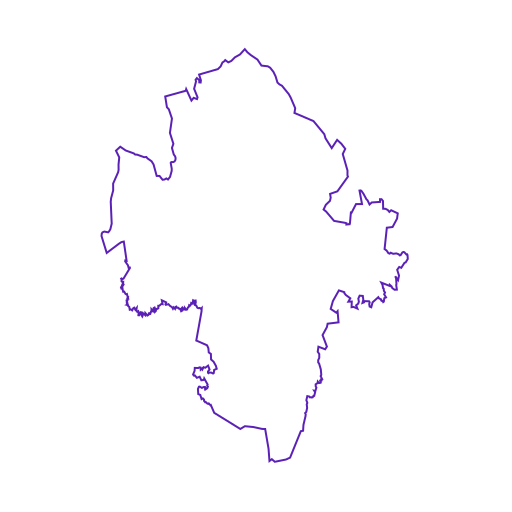 the district of Skujenes pag., Amatas, Latvia, rotated 262°
{"feature_id": "27541924B80284932099647", "entity_name": "Skujenes pag.", "entity_type": "district", "adm_level": 2, "iso_a3": "LVA", "parent_name": "Latvia", "parent_adm1": "Amatas", "projection": "equal_earth", "projection_center": [25.458, 57.084], "detail": "fine", "context": "isolated", "style": "outline", "palette": "violet", "viewbox_px": 512, "rotation_deg": 262, "n_neighbors": 0, "source": "geoboundaries", "source_scale": "gbopen_adm2", "svg_char_len": 6135}
<svg xmlns="http://www.w3.org/2000/svg" viewBox="0 0 512 512"><g transform="rotate(262 256 256)"><path d="M236.3,406.2L236.0,406.1L236.6,405.9L236.5,405.2L239.1,403.4L239.5,402.5L239.1,401.4L236.7,399.3L236.6,398.4L237.9,397.5L239.0,395.4L239.1,392.1L240.5,389.8L239.7,388.7L240.4,387.5L243.2,386.1L245.0,384.3L265.8,389.5L265.7,395.3L273.4,400.9L278.5,402.3L282.5,396.2L281.1,394.2L283.3,392.8L284.7,390.8L285.1,388.5L292.8,389.4L294.8,388.2L295.0,386.7L292.3,386.4L292.9,378.1L291.2,375.6L295.6,374.2L296.9,373.2L302.6,371.1L305.9,369.4L306.4,368.7L306.4,367.6L292.7,368.2L293.5,362.3L285.5,356.6L285.8,356.0L275.4,353.6L274.9,352.8L274.4,354.0L274.6,349.9L275.8,350.2L276.4,349.0L279.9,338.2L290.3,331.6L292.6,329.4L297.0,332.3L300.3,336.9L303.4,338.1L307.2,338.0L308.7,345.6L321.8,358.1L323.2,357.8L327.9,358.5L344.9,356.1L349.7,359.3L355.2,356.2L359.7,352.5L352.3,346.0L362.9,341.2L367.1,340.6L381.6,331.7L392.3,314.0L396.9,315.4L408.0,312.4L411.7,311.0L421.0,305.4L422.7,303.1L424.8,301.4L431.2,300.4L435.9,298.9L440.5,296.2L442.2,294.1L443.8,287.9L450.3,284.8L455.7,278.8L459.0,275.8L462.4,273.7L457.8,268.2L455.7,262.8L452.6,258.7L451.6,255.5L454.3,252.8L453.3,251.8L452.3,249.7L448.7,247.4L446.4,244.3L443.6,224.9L437.6,225.9L435.5,225.3L435.8,224.0L438.0,224.3L440.4,222.2L438.9,220.7L437.2,220.9L430.2,218.0L421.3,220.2L419.6,219.4L421.3,216.3L418.9,213.7L431.0,210.1L429.4,209.4L426.6,188.3L415.7,188.5L413.4,190.1L403.8,191.9L389.9,187.9L378.6,189.8L374.7,187.8L368.0,188.7L365.9,189.8L364.2,190.0L362.4,189.6L361.1,188.6L360.5,187.3L360.8,185.2L360.1,184.5L354.0,184.7L351.9,184.3L346.3,181.9L344.0,179.5L345.3,178.0L344.5,176.1L344.5,174.1L348.7,171.6L349.1,168.8L360.9,167.3L364.3,165.8L367.8,162.1L369.3,161.2L369.4,159.0L372.9,152.4L373.3,150.4L374.6,149.3L378.6,141.7L383.1,136.8L379.8,132.0L372.7,134.3L365.7,132.6L360.3,131.9L358.1,131.1L347.6,124.6L340.8,123.7L333.2,120.5L329.9,119.7L308.1,117.6L302.8,115.5L300.9,114.0L300.0,112.9L301.3,109.2L300.8,107.3L299.7,106.4L297.3,105.8L279.8,108.6L287.2,121.9L288.5,124.7L288.7,127.1L269.3,127.2L269.8,126.0L268.9,125.7L264.6,127.9L262.1,128.2L262.2,129.4L261.7,129.5L252.1,121.7L251.7,120.6L252.5,119.7L252.3,119.3L251.1,119.7L249.9,119.3L248.9,120.0L248.9,120.9L246.9,120.5L246.2,120.9L245.6,120.4L246.5,119.8L245.7,119.3L243.7,119.3L244.5,118.6L243.6,117.9L242.5,118.2L242.7,119.1L239.1,119.5L239.1,120.5L236.6,121.5L236.1,122.2L236.3,122.9L233.8,123.2L233.3,123.7L232.8,123.5L233.6,122.9L231.4,123.5L231.3,122.5L230.2,122.6L230.0,121.7L228.1,122.1L227.5,121.9L227.9,121.6L226.6,121.5L226.9,122.1L225.7,122.2L225.5,121.5L225.1,122.4L224.3,122.4L223.3,123.4L220.4,123.5L220.6,124.6L219.4,125.8L221.4,127.2L221.8,128.2L219.7,129.0L221.2,130.6L218.6,129.9L217.3,130.6L217.8,131.7L216.6,132.0L213.7,131.3L213.5,131.9L214.4,132.9L216.4,134.0L216.2,134.5L214.1,134.2L212.0,135.0L212.8,135.5L214.7,135.3L215.4,135.9L212.8,138.1L214.9,138.5L212.2,140.3L212.6,141.2L214.3,142.2L214.1,142.7L213.3,142.8L213.3,143.2L215.6,144.3L215.6,144.9L217.8,145.1L215.9,146.4L218.7,147.4L219.1,148.4L217.9,148.7L217.5,147.8L214.7,148.1L215.6,149.2L216.3,148.9L216.7,149.5L217.6,149.5L217.4,151.0L217.8,152.0L220.3,152.3L220.2,153.3L221.7,155.7L221.3,156.8L225.2,156.6L222.6,160.6L220.7,159.6L220.2,159.9L220.5,162.6L218.7,163.8L216.9,165.8L215.3,166.4L216.6,167.4L214.9,168.5L216.8,169.4L217.0,170.1L215.7,170.6L215.5,172.0L214.4,172.5L214.1,173.6L211.7,174.2L212.3,175.6L213.2,175.7L214.5,175.0L215.3,175.9L213.1,177.4L212.9,178.0L214.5,178.3L212.5,179.4L212.6,180.3L214.5,181.4L215.1,182.5L216.6,183.0L216.0,183.8L217.0,184.8L218.5,185.3L217.7,186.5L220.9,187.6L220.3,188.4L218.1,188.5L218.7,189.1L220.3,189.4L220.3,190.0L218.4,189.9L215.9,188.8L215.2,190.0L213.1,190.6L212.3,191.6L212.4,193.1L211.3,194.1L212.0,195.0L208.6,194.3L180.6,185.1L174.4,195.1L171.3,196.0L167.1,195.8L165.3,197.7L159.8,197.1L157.2,199.3L152.8,201.0L149.8,201.4L149.0,198.7L146.0,197.9L145.6,197.1L146.8,195.4L147.0,193.2L146.6,192.6L147.1,192.2L148.3,192.4L150.1,194.2L154.1,193.3L152.4,190.2L153.2,188.6L151.2,187.2L152.1,186.9L151.1,185.4L153.3,185.5L153.6,184.4L153.1,183.2L153.7,179.8L150.8,179.2L147.4,177.2L146.4,177.7L146.1,178.0L146.3,178.8L143.6,180.5L144.3,183.4L140.5,184.6L140.6,187.2L141.9,187.7L135.5,190.2L134.3,189.6L133.3,190.2L131.8,189.3L130.8,187.1L131.6,187.0L132.3,187.8L133.4,187.3L133.5,185.7L132.9,184.1L134.5,182.1L134.5,181.3L132.4,180.0L127.3,179.6L126.2,181.5L121.9,182.2L122.4,183.5L121.1,184.5L119.7,184.4L118.3,185.3L118.5,185.8L116.6,187.3L116.0,188.7L116.3,188.9L114.3,190.3L114.5,190.6L106.5,192.8L86.9,216.4L89.0,221.3L87.0,229.6L83.9,238.0L83.4,241.0L63.4,241.6L51.1,240.8L52.6,243.4L49.6,246.0L50.3,257.4L51.6,261.7L76.3,276.0L76.4,278.3L82.2,279.5L90.4,282.7L92.4,283.2L93.6,282.8L94.6,284.1L98.5,285.5L102.1,285.6L103.4,286.4L106.2,285.8L110.1,287.3L109.4,289.2L108.5,289.7L108.5,291.0L108.1,291.5L108.2,292.5L109.5,293.4L109.4,294.2L112.9,295.6L114.5,294.9L114.1,296.0L117.3,297.5L118.5,297.0L120.6,297.2L121.6,299.3L123.0,299.7L121.4,300.7L121.5,302.4L122.3,302.7L123.5,302.1L124.1,302.6L123.9,303.6L125.0,303.6L125.0,304.3L128.1,303.3L129.2,304.1L134.7,304.4L140.8,303.5L141.9,302.8L144.2,303.1L146.4,304.5L150.2,305.0L152.6,303.8L157.5,305.2L154.0,311.5L156.4,313.6L168.4,310.9L175.7,316.3L179.0,317.5L178.8,328.5L190.0,329.1L188.7,327.6L193.2,322.6L200.7,325.9L210.4,333.3L207.9,338.4L207.0,338.3L204.9,339.5L201.0,343.5L197.9,341.1L197.6,344.5L192.0,343.5L192.0,345.5L189.8,349.1L193.2,348.3L194.6,350.6L196.4,351.5L199.6,351.4L202.3,353.1L201.6,356.2L197.8,356.2L194.7,354.9L195.1,356.6L196.2,357.3L195.4,361.7L194.3,362.1L192.6,361.4L190.1,361.5L189.2,363.0L193.9,365.0L198.2,371.4L196.9,371.9L195.6,373.9L194.5,373.8L193.6,374.9L193.8,375.4L192.7,375.6L193.0,376.2L196.4,377.2L196.9,379.0L200.3,377.6L201.9,378.7L203.7,377.8L206.0,377.9L206.6,377.3L209.6,377.3L212.2,376.4L207.7,384.3L208.8,384.5L207.1,386.0L205.3,386.5L203.3,388.5L203.1,390.8L207.8,390.8L208.6,391.2L214.2,391.6L216.6,391.1L212.3,393.3L216.7,394.9L222.7,393.9L225.2,396.3L224.1,398.2L228.6,402.1L228.8,403.3L232.0,405.9L236.3,406.2Z" fill="none" stroke="#5b21b6" stroke-width="2"/></g></svg>